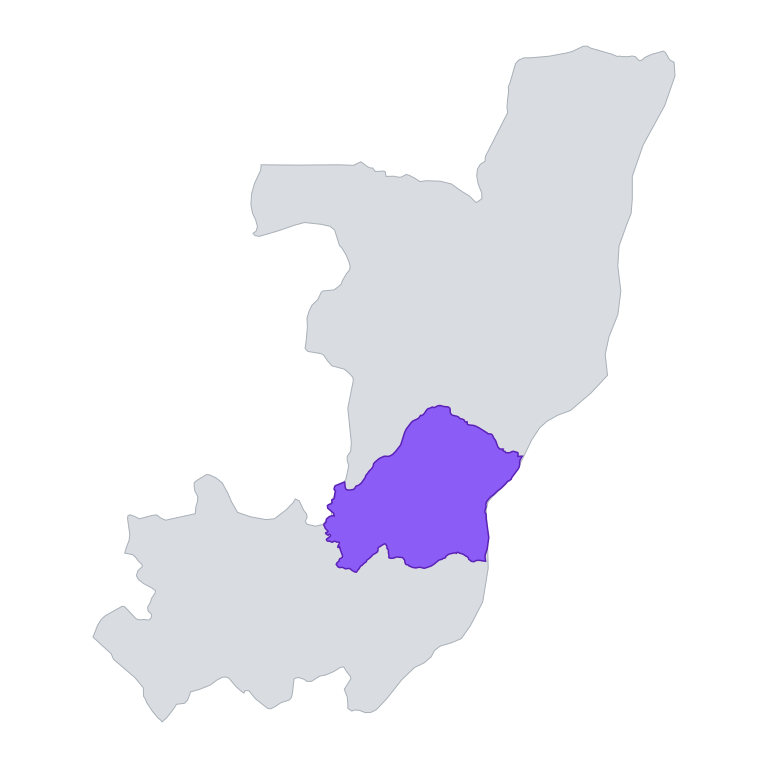 where Plateaux sits in Republic of the Congo
{"feature_id": "COG-3346", "entity_name": "Plateaux", "entity_type": "Region", "adm_level": 1, "iso_a3": "COG", "parent_name": "Republic of the Congo", "parent_adm1": "", "projection": "mercator", "projection_center": [15.163, -2.009], "detail": "fine", "context": "in_parent", "style": "filled", "palette": "violet", "viewbox_px": 768, "rotation_deg": 0, "n_neighbors": 0, "source": "natural_earth", "source_scale": "10m", "svg_char_len": 9522}
<svg xmlns="http://www.w3.org/2000/svg" viewBox="0 0 768 768"><path d="M93.0,637.1L97.7,625.1L101.1,619.6L105.3,615.7L122.1,606.3L124.6,606.7L136.2,618.9L139.9,619.9L144.0,619.5L148.9,620.1L151.3,617.7L151.6,614.5L148.1,611.0L147.6,607.2L150.1,603.1L151.5,598.5L155.1,593.1L155.5,590.6L151.7,587.9L143.8,583.7L138.5,579.6L136.4,575.7L137.9,570.7L142.2,566.7L142.0,564.5L138.2,560.9L135.4,557.0L132.5,554.6L124.7,553.1L126.2,547.9L129.1,540.3L129.8,534.4L127.6,519.0L127.8,516.1L129.9,514.7L134.6,516.4L139.4,518.8L152.2,515.4L156.7,514.9L160.4,517.8L165.6,520.2L195.3,513.7L195.8,507.2L197.5,501.2L197.8,496.8L196.5,493.9L195.1,491.8L194.2,487.3L194.2,482.6L197.0,480.3L206.4,474.6L209.4,474.8L216.0,477.9L222.2,482.8L227.7,493.0L231.5,501.8L237.6,512.4L250.6,516.8L266.0,519.6L274.4,518.8L286.3,509.7L293.1,502.7L295.3,498.9L299.2,500.8L303.6,510.1L306.5,513.8L307.2,517.2L305.2,521.5L307.2,524.3L315.5,526.2L322.7,524.4L326.0,520.6L331.5,515.6L331.5,511.5L328.6,508.7L328.6,505.0L331.6,502.1L334.6,494.1L335.5,488.2L338.3,484.5L343.8,481.9L345.8,479.5L348.8,465.7L347.2,460.7L347.2,456.5L350.7,451.2L351.3,442.5L347.8,408.2L353.3,380.7L352.8,377.2L348.9,373.0L344.2,369.1L332.0,365.9L327.5,360.8L323.9,355.4L321.3,353.7L308.0,351.5L305.1,348.5L306.3,339.8L307.4,326.9L307.0,317.9L309.3,310.6L312.0,305.2L317.9,299.5L321.0,292.7L322.7,291.0L333.9,289.9L337.9,287.1L341.1,284.2L342.5,280.4L346.3,274.0L349.7,269.7L350.1,266.7L349.3,262.7L346.0,254.7L341.9,248.0L339.5,245.6L334.6,230.0L330.0,226.3L321.1,224.3L304.4,222.5L294.3,225.3L278.9,230.6L259.6,236.3L255.1,235.7L253.0,233.3L256.0,231.3L257.5,226.5L255.6,219.7L252.6,213.4L250.9,204.7L251.6,193.7L254.5,183.5L260.7,170.2L261.1,164.8L298.3,165.1L338.2,164.8L353.5,165.3L360.9,161.8L367.9,167.0L371.3,168.2L372.5,167.8L375.2,171.5L383.9,171.1L385.3,171.9L386.0,176.4L394.1,176.2L398.1,177.2L401.4,177.1L406.1,174.5L409.4,175.4L415.6,178.7L419.9,181.6L426.0,180.7L440.2,181.2L451.2,183.9L462.1,191.6L469.4,196.0L475.9,202.5L478.3,201.3L481.9,198.7L481.8,193.2L478.1,183.7L476.7,175.6L477.5,169.0L480.3,164.3L485.0,161.4L485.5,156.3L507.7,112.6L507.0,107.6L507.5,100.1L508.6,91.7L508.3,86.7L509.8,83.3L515.6,63.5L518.7,60.2L523.6,57.9L530.7,57.8L549.2,56.2L566.4,53.0L572.2,51.5L583.0,46.3L587.2,46.1L590.7,48.1L611.6,54.1L617.4,56.5L619.4,56.1L622.6,56.6L627.5,56.7L632.3,56.0L635.3,56.7L639.2,60.7L641.7,60.2L645.1,57.3L651.4,54.4L663.5,51.1L665.5,52.6L669.7,59.9L674.1,62.3L675.0,75.9L664.8,105.4L643.1,145.1L632.3,176.3L632.3,199.1L631.1,213.5L627.6,222.2L619.1,245.8L617.8,266.1L620.8,291.0L617.9,314.5L609.0,336.8L605.2,354.3L607.5,375.3L591.1,392.9L570.6,410.4L557.3,415.4L547.0,421.3L539.6,427.9L531.9,439.6L519.6,464.7L513.3,475.7L505.0,485.0L492.6,496.5L488.0,501.9L486.2,509.8L487.0,524.2L488.2,568.2L482.7,602.0L470.5,625.5L461.4,638.5L452.2,642.5L440.2,646.1L434.5,650.5L431.0,657.0L424.3,662.7L414.4,667.6L401.9,679.6L386.8,698.6L376.5,709.6L370.9,712.4L365.2,712.6L359.3,710.3L354.3,710.0L351.8,711.1L347.8,708.4L347.9,704.0L347.2,696.8L344.3,689.3L350.9,678.7L350.3,676.3L347.2,672.5L343.8,667.0L340.5,667.3L333.6,671.6L326.3,674.8L319.6,676.2L311.4,681.4L306.8,681.4L304.3,679.4L298.7,677.5L295.7,678.1L294.0,679.1L292.6,691.8L291.5,697.3L289.5,699.9L281.1,702.6L275.4,706.4L270.5,708.9L267.5,708.3L255.3,698.7L248.9,690.7L245.1,690.6L243.9,693.1L242.0,691.9L236.0,686.6L229.0,678.3L226.5,677.1L222.6,677.2L216.5,680.3L210.4,685.0L199.5,689.4L190.5,691.9L189.6,694.9L187.5,700.1L184.5,703.3L176.5,704.3L173.6,708.9L166.6,717.9L162.0,721.9L160.8,720.2L158.0,718.0L152.3,711.1L146.7,702.5L145.1,698.6L143.6,696.4L143.3,687.7L134.8,677.5L113.5,659.3L111.2,653.8L93.0,637.1Z" fill="#d9dde1" stroke="#a8b0b8" stroke-width="1"/><path d="M522.3,456.2L520.7,458.6L520.1,459.9L519.8,461.2L519.6,462.1L519.7,464.7L519.2,467.0L518.2,469.0L512.1,477.1L511.9,477.3L511.5,478.3L511.2,479.3L510.7,479.6L509.4,480.6L508.2,481.1L507.8,481.3L507.1,481.9L505.9,483.5L501.0,488.3L497.7,490.7L493.4,494.9L491.2,496.4L489.3,498.1L487.4,500.6L486.4,502.2L485.9,504.0L485.9,505.8L486.1,506.4L486.1,506.9L485.0,510.4L484.9,511.6L485.1,512.8L485.9,513.9L486.0,514.3L486.2,515.1L486.2,518.8L488.8,537.5L487.2,548.9L485.3,554.5L485.1,555.6L485.0,556.7L485.6,561.2L482.5,560.9L480.8,560.5L478.8,560.3L478.1,560.3L477.2,560.4L475.8,560.7L475.1,561.0L474.6,561.3L474.3,561.5L474.1,561.6L473.9,561.7L472.9,561.6L471.7,561.4L471.0,561.1L470.6,560.8L470.4,560.4L470.1,560.2L469.8,560.0L469.4,559.8L469.1,559.6L468.8,559.4L468.4,558.1L468.2,557.8L468.0,557.5L467.7,557.3L467.2,556.7L466.9,556.4L466.6,556.3L466.1,556.2L465.7,556.0L465.4,555.8L464.5,555.1L463.6,554.5L461.5,553.6L460.5,553.5L459.6,553.0L458.3,552.6L457.9,552.3L457.6,552.2L457.1,552.5L456.5,553.2L456.2,553.4L455.5,552.9L455.0,552.8L449.9,553.9L449.2,554.1L448.0,554.7L447.2,555.4L446.5,555.8L446.2,556.1L446.0,556.4L445.6,557.1L445.5,557.6L445.1,557.9L444.6,558.1L443.6,558.3L443.2,558.4L442.9,558.6L442.5,559.0L442.3,559.1L441.6,559.4L439.9,559.8L439.1,560.1L438.1,560.8L437.5,561.2L436.7,562.0L436.4,562.2L436.1,562.4L435.5,562.9L434.4,563.9L433.8,564.3L433.3,564.6L431.4,565.9L430.4,566.3L424.8,568.2L424.3,568.2L423.6,568.2L420.7,567.4L420.1,567.3L419.2,567.3L417.7,567.5L416.3,567.9L415.5,567.9L412.5,567.4L411.0,566.8L410.7,566.6L410.4,566.5L409.4,566.2L409.1,566.0L409.0,565.9L408.9,565.8L408.9,565.6L408.7,565.3L408.4,565.1L408.0,564.9L406.7,564.7L406.3,564.6L405.9,564.4L405.7,564.1L405.5,563.8L405.0,562.6L404.7,560.3L404.5,559.9L404.3,559.6L403.5,558.8L403.1,558.2L402.8,557.9L402.5,557.6L401.8,557.5L396.9,557.0L396.3,557.0L394.6,557.8L393.0,558.2L391.6,558.3L390.1,558.2L389.3,557.9L388.9,557.6L388.8,557.2L388.8,556.8L389.0,556.0L389.0,555.8L389.0,555.5L388.4,552.9L388.4,550.9L388.4,550.4L388.3,550.0L388.1,549.6L387.9,549.3L387.3,548.8L387.1,548.5L386.9,548.2L387.1,546.9L387.0,546.5L386.9,546.1L386.4,545.5L385.8,544.4L385.6,544.1L385.3,543.9L384.7,543.9L383.8,544.2L381.5,545.5L380.8,546.1L378.9,547.2L378.4,547.5L378.1,548.0L378.0,548.4L378.0,549.8L378.0,550.1L377.8,551.1L377.5,551.6L377.4,551.7L377.4,551.9L376.5,552.5L375.9,553.1L373.1,554.6L372.2,555.4L372.1,555.6L371.6,556.3L369.3,558.4L367.2,559.9L366.9,560.1L366.8,560.3L366.7,560.5L366.3,561.6L366.1,561.8L366.0,562.0L364.7,562.8L364.1,563.3L362.2,565.2L360.9,566.0L360.6,566.2L360.4,566.4L359.2,568.5L358.8,569.1L357.6,570.3L356.7,571.8L356.4,572.1L355.6,572.1L354.5,571.8L352.3,570.6L351.4,569.9L350.8,569.4L350.6,569.1L350.3,568.9L349.9,568.7L349.4,568.5L346.8,568.6L346.0,568.8L345.4,568.8L344.8,568.6L343.2,567.6L342.1,567.4L339.7,567.6L338.1,567.0L336.2,564.4L336.6,563.6L336.7,563.3L337.0,562.8L337.5,562.3L338.4,561.6L338.7,561.4L338.9,561.0L339.0,560.6L339.2,559.8L339.4,559.3L339.8,558.8L340.4,558.4L341.5,557.9L342.0,557.5L342.4,556.9L342.6,556.2L342.3,555.1L339.8,548.2L339.7,547.0L339.5,546.6L339.2,546.6L338.5,547.3L338.1,547.5L337.8,547.2L337.9,546.4L338.1,545.7L339.1,543.9L339.4,543.3L339.4,542.7L339.1,542.2L338.1,542.0L337.3,542.1L336.6,542.1L336.0,541.7L335.3,541.3L334.6,541.2L334.0,541.4L332.6,542.1L332.0,542.2L331.3,542.0L330.5,541.5L329.9,541.3L329.2,541.2L328.0,541.2L327.4,541.0L326.9,540.6L326.6,540.1L326.4,539.5L326.7,539.0L327.8,538.2L328.8,537.3L329.9,536.6L330.4,536.2L330.6,535.6L330.5,535.0L329.7,534.5L329.1,534.5L328.7,534.8L328.4,535.1L327.9,535.1L327.3,534.8L326.2,534.0L325.8,533.5L325.6,533.0L326.0,532.5L327.0,532.3L327.4,532.1L327.7,531.9L327.9,531.6L327.8,531.2L327.5,530.6L325.3,528.5L324.5,526.4L323.8,525.3L324.2,523.9L324.9,523.2L325.6,522.6L326.2,521.9L326.2,519.9L326.5,519.1L327.1,518.4L328.6,517.2L329.3,516.7L330.1,516.3L333.8,515.5L334.1,515.7L333.6,513.2L327.7,508.2L327.4,505.6L328.5,504.7L331.2,503.8L332.2,502.6L332.2,502.1L331.7,500.7L331.8,499.9L332.2,499.5L333.6,499.1L334.1,498.5L334.5,497.4L334.9,493.3L335.4,491.8L335.5,491.0L335.1,490.4L334.5,489.9L334.1,489.5L334.0,489.0L334.4,488.3L334.4,487.4L334.6,486.7L335.0,486.1L335.5,485.6L344.6,482.0L344.8,482.5L345.1,486.7L345.5,488.2L346.1,489.3L346.7,489.7L347.9,489.9L349.1,490.1L349.7,490.1L350.4,490.0L353.3,489.4L353.8,489.2L354.4,488.7L354.7,488.4L354.9,488.1L355.5,486.8L355.9,486.3L356.5,485.9L357.4,485.7L358.7,485.1L359.8,484.3L361.6,482.7L364.6,478.4L365.0,477.9L365.8,475.6L366.2,475.0L367.7,473.2L368.6,471.8L369.3,470.9L371.5,468.8L372.0,468.1L373.1,466.4L373.3,465.8L373.5,464.0L374.2,463.0L375.2,461.9L379.0,458.7L380.0,458.1L383.8,456.4L384.4,456.2L385.1,456.2L388.1,456.4L389.1,456.2L391.2,455.3L392.4,454.6L395.3,451.8L400.7,444.9L404.7,432.3L406.3,429.0L411.4,422.3L413.0,420.9L416.8,419.2L418.6,418.1L419.2,417.4L420.1,416.0L420.7,415.3L421.0,415.3L421.8,415.5L422.2,415.4L423.5,414.3L424.6,413.0L426.8,409.7L428.0,408.7L430.8,407.8L431.8,407.2L432.4,407.0L432.7,407.1L433.5,407.5L433.9,407.6L435.1,407.2L437.4,406.0L438.7,405.6L440.2,405.5L444.3,406.6L447.4,406.8L448.7,407.2L449.8,408.2L450.2,409.7L450.2,411.5L450.5,413.3L451.7,414.8L453.2,415.4L456.7,416.2L458.4,416.9L458.9,417.4L459.2,417.9L459.6,418.4L463.2,419.4L463.8,419.7L464.9,421.4L465.5,422.1L466.1,422.1L467.0,421.7L467.2,422.4L467.3,424.2L468.7,424.9L473.6,425.4L476.1,426.3L478.5,427.5L487.1,432.9L487.6,433.4L488.2,433.7L491.2,434.1L491.6,434.4L492.3,435.0L492.6,435.5L493.8,438.1L495.5,440.3L498.0,447.2L499.9,449.0L503.2,449.1L502.7,450.4L503.8,451.1L505.1,451.5L505.4,451.9L505.6,452.5L507.3,452.8L509.3,452.7L510.6,452.4L512.0,451.5L513.5,451.3L515.1,451.7L517.4,452.6L517.7,452.5L517.8,452.6L518.1,453.5L518.1,454.6L517.7,455.7L517.9,456.5L519.7,456.2L522.2,456.2L522.3,456.2Z" fill="#8b5cf6" stroke="#5b21b6" stroke-width="1.5"/></svg>